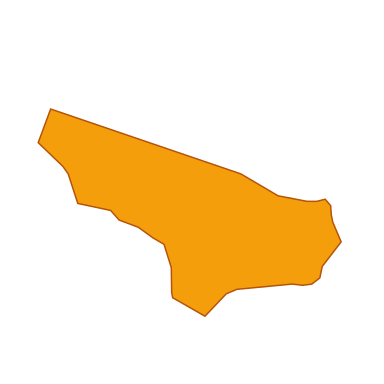 the Municipality of Dobrepolje, rotated 157°
{"feature_id": "SVN-253", "entity_name": "Dobrepolje", "entity_type": "Municipality", "adm_level": 1, "iso_a3": "SVN", "parent_name": "Slovenia", "parent_adm1": "", "projection": "equal_earth", "projection_center": [14.721, 45.817], "detail": "fine", "context": "isolated", "style": "filled", "palette": "amber", "viewbox_px": 384, "rotation_deg": 157, "n_neighbors": 0, "source": "natural_earth", "source_scale": "10m", "svg_char_len": 526}
<svg xmlns="http://www.w3.org/2000/svg" viewBox="0 0 384 384"><g transform="rotate(157 192 192)"><path d="M228.6,72.6L251.1,102.2L250.0,107.4L240.6,130.5L238.2,154.8L245.7,164.8L255.2,180.5L270.0,194.6L274.1,206.8L301.6,226.1L298.9,257.0L300.8,265.9L314.3,297.5L289.7,323.6L139.9,189.5L114.3,154.9L90.0,138.6L81.0,134.7L72.2,133.3L69.7,125.2L72.7,116.6L74.2,109.3L74.2,87.8L101.2,72.6L107.9,63.0L117.7,60.4L126.6,62.9L135.8,68.1L188.8,84.9L200.2,84.9L228.6,72.6Z" fill="#f59e0b" stroke="#b45309" stroke-width="1.5"/></g></svg>